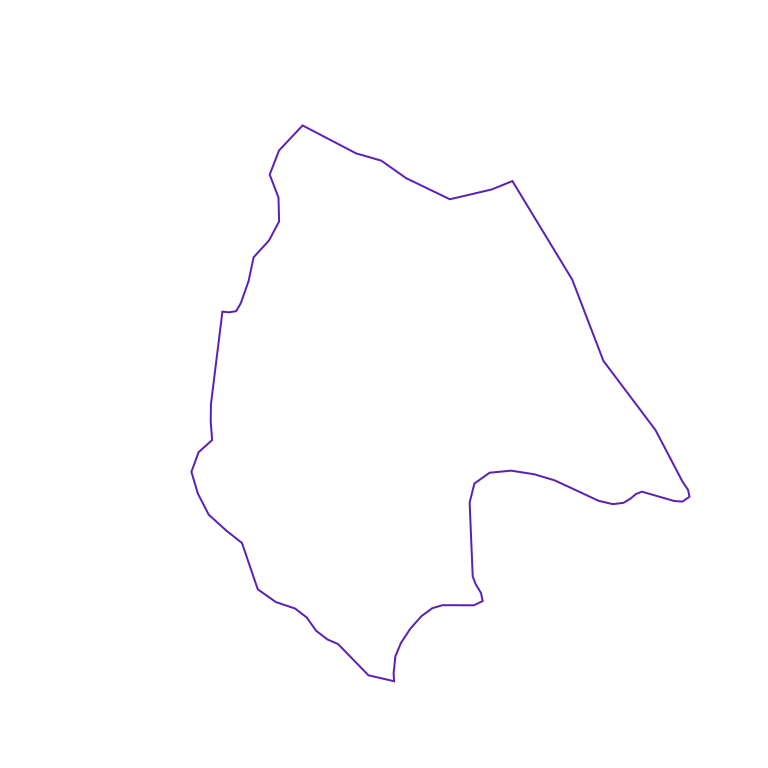 SVG path tracing the border of Kirundo, rotated 147°
{"feature_id": "BDI-2643", "entity_name": "Kirundo", "entity_type": "Province", "adm_level": 1, "iso_a3": "BDI", "parent_name": "Burundi", "parent_adm1": "", "projection": "equal_earth", "projection_center": [30.179, -2.549], "detail": "fine", "context": "isolated", "style": "outline", "palette": "violet", "viewbox_px": 768, "rotation_deg": 147, "n_neighbors": 0, "source": "natural_earth", "source_scale": "10m", "svg_char_len": 1018}
<svg xmlns="http://www.w3.org/2000/svg" viewBox="0 0 768 768"><g transform="rotate(147 384 384)"><path d="M465.7,169.7L479.1,168.9L495.1,164.5L510.8,157.6L522.8,149.4L533.6,136.0L537.4,129.2L555.7,148.2L564.2,191.0L570.5,200.4L575.3,213.9L576.0,230.4L580.9,244.2L593.4,259.9L601.7,280.5L589.7,328.0L596.1,346.9L602.2,369.9L599.8,393.4L593.4,415.2L576.6,427.8L558.7,430.6L549.6,447.2L540.0,461.5L480.1,532.7L474.9,528.5L468.3,525.6L459.9,529.9L441.5,544.1L424.3,561.3L402.3,567.0L383.5,577.4L371.0,597.7L365.8,621.9L344.9,637.0L311.5,645.2L281.8,592.6L264.7,572.9L253.3,544.5L228.2,503.1L187.7,488.5L165.8,484.3L169.3,369.0L187.4,283.9L181.4,197.4L186.8,139.9L186.7,129.4L189.2,123.1L197.7,122.8L204.4,127.9L210.1,134.5L211.6,136.2L226.3,153.2L232.8,154.5L239.8,153.6L247.8,153.9L257.4,158.5L267.5,169.0L293.4,210.3L307.2,226.5L324.6,242.1L343.8,252.1L362.4,251.3L376.7,238.0L414.4,174.3L416.1,166.4L416.5,155.8L419.5,148.2L429.2,149.5L455.3,166.6L465.7,169.7Z" fill="none" stroke="#5b21b6" stroke-width="2"/></g></svg>